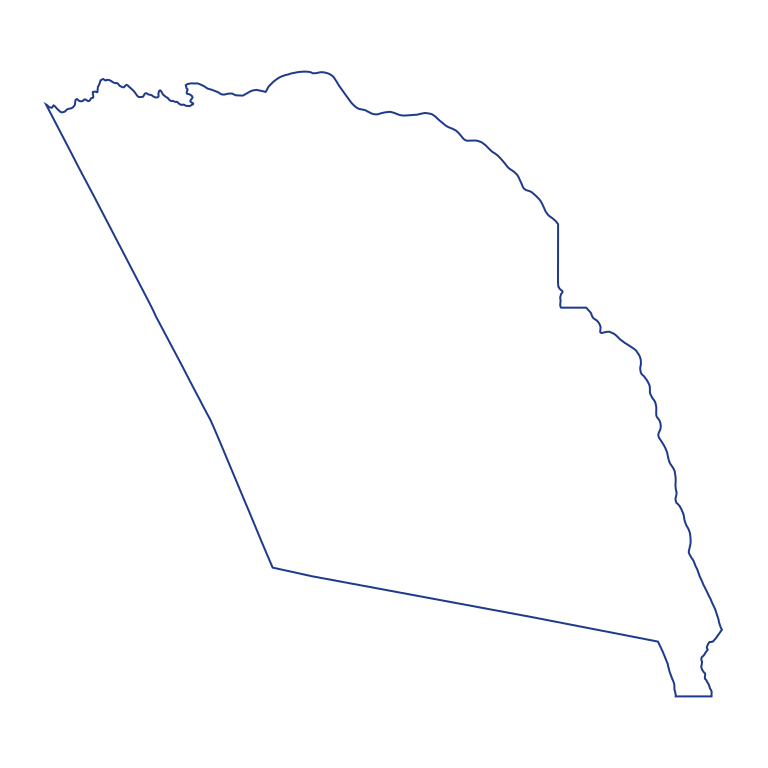 Bura, Coast, Kenya
{"feature_id": "3690345B15022807723985", "entity_name": "Bura", "entity_type": "district", "adm_level": 2, "iso_a3": "KEN", "parent_name": "Kenya", "parent_adm1": "Coast", "projection": "robinson", "projection_center": [39.288, -0.652], "detail": "fine", "context": "isolated", "style": "outline", "palette": "blue", "viewbox_px": 768, "rotation_deg": 0, "n_neighbors": 0, "source": "geoboundaries", "source_scale": "gbopen_adm2", "svg_char_len": 5919}
<svg xmlns="http://www.w3.org/2000/svg" viewBox="0 0 768 768"><path d="M185.8,85.1L186.5,88.2L186.8,88.6L187.5,89.2L187.4,90.2L186.7,92.5L186.8,93.4L187.4,93.9L189.2,94.2L190.5,94.9L192.1,96.2L192.5,97.2L192.5,97.6L192.0,98.4L190.5,100.3L190.4,101.3L190.6,101.8L190.9,102.1L192.3,102.8L193.1,103.5L193.2,103.9L192.9,104.4L191.9,104.7L190.6,105.6L189.6,106.1L188.2,105.9L185.9,105.8L184.3,104.9L183.6,104.6L181.3,104.9L178.9,103.6L177.8,102.4L177.0,101.9L175.5,101.9L174.6,101.7L172.8,100.9L171.4,101.0L170.4,100.7L168.8,99.4L167.7,97.9L166.0,97.0L163.3,94.8L162.6,93.8L161.2,91.3L160.4,90.5L160.0,90.4L159.7,90.5L159.3,90.8L158.8,91.9L158.4,93.5L158.6,96.0L158.3,96.8L157.6,97.3L156.6,97.5L155.0,97.3L152.9,96.2L151.7,95.2L148.7,94.5L148.0,94.2L146.4,93.2L146.0,93.2L145.3,93.4L144.6,94.0L143.2,96.6L142.3,96.9L139.1,97.1L138.2,96.7L137.3,95.9L135.0,92.6L133.4,90.7L130.9,88.3L129.5,87.2L128.4,86.0L127.2,85.1L126.7,85.0L126.0,85.1L125.4,85.6L124.1,87.2L123.1,87.3L122.2,87.1L119.6,85.8L118.0,83.7L117.2,83.2L116.4,83.1L115.2,83.1L113.8,82.7L112.8,82.1L110.8,80.8L109.4,80.1L107.0,79.8L106.0,80.4L105.5,80.4L104.7,80.0L103.4,79.1L103.0,79.0L101.3,79.9L100.6,80.4L100.4,80.9L99.6,83.5L97.9,87.1L97.7,88.7L97.5,91.7L97.2,92.2L96.8,92.2L95.5,91.6L93.0,91.9L92.8,92.2L92.9,94.0L93.2,95.4L93.3,97.2L93.1,97.6L92.7,97.9L91.5,98.1L91.1,98.3L89.8,100.4L89.0,101.0L88.6,101.1L87.9,101.0L85.2,99.4L84.8,99.4L84.0,99.7L82.7,101.0L81.8,101.3L80.2,101.2L79.3,101.0L77.1,99.1L76.6,99.1L75.7,99.9L75.4,100.4L75.0,104.2L74.6,105.3L72.9,107.4L71.3,108.3L68.1,108.9L67.1,109.4L65.0,111.4L64.1,111.9L62.0,112.4L60.7,112.0L60.2,111.7L57.4,109.1L55.2,106.6L53.7,105.4L53.2,105.8L52.5,107.0L51.7,107.8L49.1,107.1L48.5,106.6L47.4,105.4L46.1,104.6L71.7,153.8L78.4,166.9L94.3,196.9L149.3,302.7L153.5,311.1L155.7,316.0L181.6,364.9L192.6,386.2L200.9,401.9L202.0,404.2L210.3,419.7L213.1,425.9L218.6,438.7L245.2,502.3L249.4,512.2L260.8,539.8L272.6,567.6L311.7,576.2L532.9,617.3L658.0,641.6L662.7,651.6L667.7,663.9L668.0,665.6L669.7,672.1L672.4,679.3L673.3,681.2L674.2,684.1L674.4,685.6L674.4,689.1L675.7,694.5L675.7,696.4L711.5,696.4L711.6,696.1L711.5,693.3L711.7,692.2L711.5,691.2L710.7,689.5L710.0,688.5L709.8,687.9L709.6,686.8L709.2,686.0L708.6,684.1L707.5,682.6L706.6,680.7L705.9,679.6L704.9,678.7L704.9,676.5L705.2,674.8L705.2,673.9L705.0,673.4L703.6,672.0L701.8,669.1L701.6,668.0L701.2,666.7L701.7,664.7L702.1,661.6L701.5,660.5L701.3,658.8L701.7,657.3L702.1,656.8L703.4,655.8L705.0,653.7L705.5,652.6L707.7,649.7L706.9,648.1L706.8,647.5L707.0,646.6L708.1,644.1L709.3,642.2L709.7,642.0L711.3,642.0L711.8,641.7L712.2,641.6L712.8,641.7L716.2,637.8L721.9,629.7L720.9,627.8L720.1,625.7L718.9,621.9L718.6,619.8L715.1,609.0L712.2,603.0L710.5,598.9L708.9,595.9L706.8,591.4L703.3,584.5L702.4,582.2L699.5,575.8L697.3,569.5L695.3,565.5L693.9,561.6L692.8,559.6L691.2,557.4L689.1,553.5L688.8,552.5L688.8,551.4L690.3,544.7L690.6,542.8L690.6,539.1L690.1,534.0L689.7,532.3L688.9,530.1L688.2,528.5L686.6,525.9L685.2,522.4L684.4,519.7L683.8,515.6L683.1,513.2L682.3,511.4L681.5,509.5L679.7,506.2L678.3,504.5L676.4,502.8L675.8,501.0L675.5,499.9L675.5,498.5L676.4,494.8L676.6,492.7L675.7,488.6L675.4,484.2L675.7,482.1L675.6,477.5L674.7,471.2L673.6,468.9L672.6,467.2L670.0,463.4L668.7,459.9L667.1,452.5L666.4,450.6L665.4,448.2L663.9,445.3L660.7,440.2L659.2,438.1L658.5,436.4L658.3,434.8L658.5,433.5L660.3,429.4L660.6,427.9L660.8,425.8L660.5,423.7L659.7,420.9L658.6,419.2L656.9,417.0L656.4,415.8L656.2,413.7L656.3,407.4L655.6,403.6L654.9,401.6L653.6,399.5L652.4,398.1L651.0,395.4L650.2,393.6L649.9,392.1L649.9,388.5L649.6,385.6L648.6,383.4L647.1,380.5L644.0,376.3L642.3,374.8L641.4,373.8L640.7,372.0L640.2,368.9L640.3,367.2L640.9,364.5L640.9,363.1L640.8,359.9L640.4,358.3L639.7,356.3L639.0,354.9L635.8,350.2L633.8,348.7L626.5,343.9L624.9,343.0L622.5,341.1L620.4,339.7L616.4,335.7L613.9,333.7L609.2,331.7L606.2,331.9L601.9,333.0L601.4,333.0L600.5,332.5L600.3,332.2L600.2,331.7L600.6,326.9L599.7,324.6L599.1,323.3L598.0,321.8L596.8,320.5L593.5,318.3L592.6,317.0L591.9,315.8L591.1,313.3L590.3,312.2L586.2,307.7L561.1,307.7L560.9,307.4L560.4,306.3L560.2,305.3L560.4,302.4L560.6,300.2L560.1,297.6L560.7,295.7L560.9,294.3L562.3,292.7L562.5,292.2L562.5,291.7L562.5,291.3L562.2,290.8L560.9,290.0L559.5,288.6L558.7,286.9L558.3,286.6L558.0,282.1L558.1,224.2L556.1,221.5L554.4,219.9L552.1,218.0L549.5,216.2L548.3,215.1L546.9,213.4L545.5,211.2L541.9,203.2L540.6,201.1L539.4,199.4L536.3,196.2L532.1,192.5L531.6,192.1L529.4,191.1L526.1,190.1L523.9,188.6L522.8,186.8L522.0,184.7L518.4,176.8L517.5,175.3L516.0,173.6L513.7,171.5L510.2,169.2L508.7,168.1L507.3,166.6L504.9,163.5L500.9,158.8L497.8,155.6L494.9,153.4L492.4,151.9L490.7,150.4L485.4,145.1L481.9,142.5L480.9,142.0L477.8,140.9L475.5,140.5L467.1,140.7L465.8,140.4L463.8,139.1L463.2,138.5L459.1,133.5L456.2,130.7L452.8,128.9L448.6,127.2L446.0,125.8L439.3,120.3L434.8,116.1L432.2,114.4L430.9,113.9L427.8,113.3L424.8,113.0L421.1,113.7L417.0,114.7L413.4,114.9L411.2,115.1L405.4,115.5L402.8,115.5L400.0,115.1L397.5,114.2L394.5,113.0L392.1,112.3L390.5,111.9L389.1,111.9L386.1,112.2L382.4,112.9L377.6,114.3L375.9,114.4L373.1,114.0L370.6,113.1L369.6,112.4L366.8,111.1L366.0,110.5L364.2,109.9L359.3,109.0L357.0,107.9L355.6,106.9L353.5,105.0L351.4,102.8L345.3,94.5L344.2,92.9L339.1,85.8L336.4,81.3L333.7,77.2L332.5,76.0L330.8,74.8L329.2,73.9L327.1,73.1L324.6,72.5L322.4,72.2L320.1,72.3L315.9,73.2L312.9,73.3L310.8,72.3L309.2,71.9L307.0,71.7L304.0,71.6L298.6,72.0L290.6,73.6L288.8,74.3L284.7,75.3L280.5,76.9L277.9,78.4L276.0,79.7L273.3,81.8L268.9,86.3L268.3,87.1L265.8,91.8L265.3,91.9L262.4,91.1L257.1,90.0L256.5,89.9L254.6,90.1L252.3,90.6L250.1,91.5L243.3,95.4L242.6,95.6L235.8,95.3L231.9,93.5L227.9,93.7L224.7,94.5L222.2,94.5L220.4,93.8L218.3,92.3L217.0,91.8L211.7,89.7L207.9,88.7L207.1,88.3L204.2,86.3L199.4,84.0L197.4,83.4L194.1,83.5L191.6,83.3L190.9,83.4L187.7,84.0L185.8,85.1Z" fill="none" stroke="#1e3a8a" stroke-width="2"/></svg>